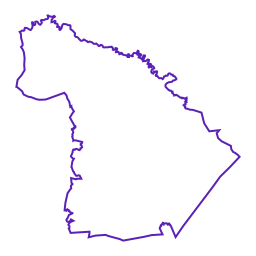 Ayutla de los Libres, Guerrero, Mexico (orthographic projection)
{"feature_id": "50627088B87569802470546", "entity_name": "Ayutla de los Libres", "entity_type": "district", "adm_level": 2, "iso_a3": "MEX", "parent_name": "Mexico", "parent_adm1": "Guerrero", "projection": "orthographic", "projection_center": [-99.08, 16.972], "detail": "fine", "context": "isolated", "style": "outline", "palette": "violet", "viewbox_px": 256, "rotation_deg": 0, "n_neighbors": 0, "source": "geoboundaries", "source_scale": "gbopen_adm2", "svg_char_len": 5569}
<svg xmlns="http://www.w3.org/2000/svg" viewBox="0 0 256 256"><path d="M19.7,31.9L20.8,33.6L21.2,38.4L22.6,43.4L22.6,45.4L21.0,47.0L22.6,49.3L23.9,52.3L24.6,58.3L24.2,64.8L24.6,70.2L21.6,75.1L17.6,79.8L16.4,86.9L17.0,87.0L22.1,91.2L23.6,94.5L28.2,96.7L31.2,97.2L36.4,99.2L39.6,99.8L45.8,99.5L64.3,92.8L66.5,95.4L67.4,98.7L69.3,101.7L70.3,106.9L71.3,106.2L71.3,106.6L72.2,108.7L73.9,111.4L72.3,113.5L69.9,117.5L74.5,125.8L75.3,126.0L75.5,127.1L75.3,127.4L74.4,127.3L73.9,127.6L73.9,127.9L74.3,128.4L74.1,128.7L73.4,128.9L72.4,128.7L71.8,129.1L71.9,129.7L72.4,129.9L73.3,132.0L72.9,133.4L72.3,134.5L72.7,135.9L72.2,136.8L73.3,139.7L73.3,140.7L74.0,140.3L76.3,140.5L83.0,142.2L82.3,142.3L81.8,143.3L80.7,144.0L80.7,144.9L81.3,145.0L82.1,147.2L81.3,148.0L80.5,148.2L80.4,149.4L79.6,149.7L79.4,150.1L78.5,149.9L77.3,149.1L76.5,148.9L76.0,148.9L74.7,149.8L74.3,149.4L73.7,149.4L73.2,149.7L72.6,151.4L72.6,152.4L70.9,156.3L71.7,157.4L73.0,158.5L73.9,158.7L72.4,161.3L71.4,167.2L71.8,167.6L73.2,171.5L73.9,172.0L74.4,173.5L76.1,175.7L77.1,175.8L78.6,175.3L79.7,175.6L81.3,178.7L76.4,178.8L75.9,179.3L71.1,178.1L71.5,183.0L72.5,183.9L72.5,184.2L71.0,185.6L70.9,186.3L71.2,188.4L70.5,189.0L67.6,193.1L65.4,202.9L64.6,210.4L66.3,210.7L66.5,209.8L67.2,209.3L67.6,209.8L68.6,209.9L68.8,210.4L68.8,211.2L69.6,211.2L69.9,211.9L70.4,212.4L72.4,213.0L72.4,213.4L68.9,215.0L67.8,217.7L66.4,219.8L66.9,221.3L67.4,221.7L68.0,221.8L68.8,221.9L69.8,221.4L71.0,219.4L73.4,220.8L70.3,222.1L69.6,222.8L68.4,224.4L68.4,224.8L69.5,226.3L69.3,228.4L68.8,228.5L70.6,232.9L89.5,231.7L89.4,233.9L88.7,237.3L95.4,235.6L105.6,234.9L108.4,236.0L119.9,239.1L123.1,240.6L143.6,236.9L151.7,235.1L162.5,234.4L159.7,228.3L159.9,227.4L161.0,226.1L160.7,225.7L160.7,225.4L161.4,224.7L161.8,224.6L162.1,224.2L163.4,224.5L163.3,224.1L162.5,223.3L162.8,222.8L164.4,223.5L166.3,223.3L166.8,223.6L167.4,223.6L167.4,224.1L167.6,224.5L167.8,224.4L168.2,223.6L169.2,223.6L169.3,224.7L170.2,224.8L170.5,225.6L170.9,225.9L175.6,237.1L183.0,226.3L212.4,187.4L220.3,176.5L229.3,167.7L239.6,156.8L238.1,155.2L235.2,152.9L233.2,152.0L231.3,149.2L230.9,145.9L221.7,141.3L218.1,138.1L216.7,133.3L219.2,130.2L209.3,131.3L204.2,123.3L201.5,112.6L192.9,109.9L189.7,109.6L187.2,108.7L185.9,108.6L185.1,107.7L184.9,107.3L185.2,106.8L184.6,106.4L184.5,105.6L183.7,105.1L184.3,104.5L185.2,104.5L185.6,104.3L185.6,103.6L185.4,103.0L185.9,102.5L185.5,102.0L186.1,101.9L185.6,101.4L185.7,100.8L186.2,101.0L186.5,100.7L186.4,100.4L186.5,100.2L186.2,99.7L186.8,98.7L186.6,97.8L185.9,98.3L185.1,98.2L184.7,98.7L183.0,97.9L182.0,98.3L181.8,98.2L182.0,97.7L180.1,97.5L177.3,95.3L176.4,95.0L176.0,95.2L174.6,95.4L174.8,95.0L174.1,95.1L172.8,93.3L172.0,92.8L172.1,92.2L172.4,92.0L172.2,91.8L172.3,91.5L171.3,91.2L170.9,90.7L170.6,90.8L169.3,90.5L169.1,90.3L169.1,90.0L167.9,89.3L165.5,86.7L165.5,84.9L166.4,83.6L168.6,82.3L171.9,81.8L173.1,80.5L174.5,80.3L176.3,79.3L176.4,78.7L175.0,76.7L174.4,76.2L173.2,76.0L172.7,74.7L171.4,74.7L171.0,74.5L170.4,73.6L169.0,73.4L168.2,74.0L168.1,74.8L167.5,75.6L166.7,75.8L165.7,75.6L164.9,76.3L164.2,76.4L163.9,76.8L163.3,78.5L162.7,79.1L161.3,78.1L159.3,78.2L158.9,78.0L157.1,75.8L156.8,75.7L156.1,76.0L155.7,75.5L155.9,74.9L156.5,74.3L156.7,73.6L157.1,71.8L157.0,71.4L156.1,71.3L154.8,72.1L154.4,71.6L153.8,71.5L153.7,72.9L153.3,73.6L152.2,73.2L151.5,72.6L151.2,71.4L151.8,69.9L152.5,69.1L154.2,68.3L154.1,67.9L153.6,66.8L152.3,66.0L151.4,67.1L150.6,66.3L150.0,66.7L149.5,67.4L149.0,67.5L148.6,67.1L148.6,66.6L148.9,66.0L149.5,65.4L150.6,65.0L151.0,64.3L150.5,63.9L149.7,63.7L148.0,64.2L147.5,64.0L147.8,62.7L148.8,61.3L149.0,59.9L147.7,59.5L145.9,61.0L143.1,61.2L143.2,60.6L143.6,59.9L143.7,58.8L145.1,56.0L145.0,55.6L143.9,55.3L143.5,55.5L142.2,59.1L141.9,59.4L140.7,58.1L138.6,57.4L138.7,57.0L139.4,56.1L140.6,55.8L140.9,55.5L141.1,54.7L140.8,54.3L139.8,53.9L139.2,54.0L138.2,54.9L137.3,54.6L137.1,53.9L138.1,53.0L138.7,52.1L138.4,50.9L137.9,50.7L137.6,50.9L137.1,52.3L136.0,53.3L134.0,52.9L132.4,54.8L132.8,56.1L132.4,56.3L129.4,55.4L128.8,54.2L128.2,54.2L127.8,55.1L128.5,56.0L128.8,57.0L127.6,57.0L126.5,55.3L124.4,55.1L122.1,54.3L121.9,54.1L122.2,53.4L121.5,52.9L121.1,52.8L120.2,53.9L119.4,54.2L119.0,52.8L118.4,51.9L115.9,52.2L115.8,51.9L116.6,50.8L117.2,48.8L117.0,48.5L115.8,48.0L115.5,48.1L115.3,49.1L115.0,49.6L113.2,49.9L112.8,49.7L113.0,48.5L112.8,48.0L111.7,46.7L110.9,47.2L109.5,46.8L107.6,47.4L105.7,47.2L104.1,47.5L103.1,47.1L102.4,45.5L102.0,45.2L100.6,44.9L99.9,45.8L98.9,46.1L96.5,43.6L94.6,43.9L93.6,43.7L92.0,42.3L89.9,41.6L89.2,41.6L88.4,42.1L87.8,42.1L86.9,41.1L85.6,40.6L84.1,39.5L83.5,39.7L83.0,40.4L81.4,40.8L80.8,40.7L78.9,38.8L78.2,37.8L77.0,37.0L75.9,36.9L74.9,36.0L74.7,34.9L75.0,34.0L75.0,33.2L72.5,30.5L71.3,29.8L70.4,28.8L70.5,25.9L70.0,25.2L68.1,25.2L66.8,24.4L63.5,23.9L62.3,25.1L62.0,26.6L61.3,28.6L60.4,29.7L60.0,30.0L59.6,29.9L59.2,28.9L59.6,27.8L59.5,27.0L58.6,26.7L57.6,27.0L57.1,26.9L57.1,26.4L57.8,25.2L57.3,23.9L57.0,23.7L55.9,23.6L54.9,23.2L55.5,21.4L55.4,21.1L54.8,20.8L53.3,21.8L51.5,22.2L51.7,19.7L52.4,18.9L52.8,17.9L54.7,16.9L54.9,16.6L54.2,15.9L52.4,16.8L49.7,16.4L48.0,15.4L47.6,15.5L48.2,17.4L48.2,18.1L47.7,18.8L47.3,19.0L45.6,19.2L43.6,20.2L42.9,20.2L41.6,19.9L41.1,20.3L40.9,20.6L41.8,22.6L41.4,23.5L40.4,24.7L39.8,24.6L38.8,23.9L37.4,21.7L36.6,21.5L35.3,21.8L35.3,24.1L34.8,25.0L34.0,25.1L33.2,24.2L33.0,22.5L32.4,22.2L32.1,22.3L32.0,22.8L32.6,25.8L32.4,27.2L31.8,28.6L30.8,29.9L30.2,30.0L26.9,28.0L25.3,27.8L24.8,28.0L24.5,28.7L24.5,30.1L24.0,30.6L23.5,30.8L22.1,30.5L20.6,31.6L19.7,31.9Z" fill="none" stroke="#5b21b6" stroke-width="2"/></svg>